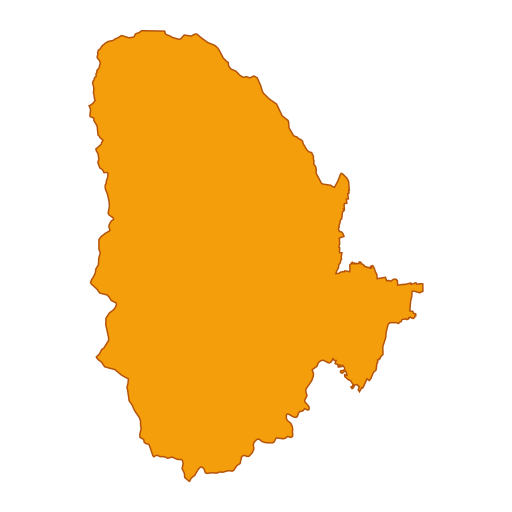 Lan Saka, Nakhon Si Thammarat, Thailand
{"feature_id": "78962969B56259094306641", "entity_name": "Lan Saka", "entity_type": "district", "adm_level": 2, "iso_a3": "THA", "parent_name": "Thailand", "parent_adm1": "Nakhon Si Thammarat", "projection": "natural_earth1", "projection_center": [99.81, 8.377], "detail": "fine", "context": "isolated", "style": "filled", "palette": "amber", "viewbox_px": 512, "rotation_deg": 0, "n_neighbors": 0, "source": "geoboundaries", "source_scale": "gbopen_adm2", "svg_char_len": 6011}
<svg xmlns="http://www.w3.org/2000/svg" viewBox="0 0 512 512"><path d="M129.1,400.7L132.3,405.4L133.7,408.8L135.8,412.5L139.2,417.3L140.5,420.6L140.6,425.9L141.2,428.4L139.8,434.3L140.0,437.4L143.4,439.3L143.9,440.2L144.0,441.9L145.6,443.5L148.2,444.1L149.2,444.9L152.9,455.8L153.9,456.8L155.9,455.5L157.1,455.3L160.2,456.6L164.5,456.7L167.6,458.2L172.2,457.1L177.3,459.4L181.6,459.6L182.7,461.1L183.1,463.6L182.1,468.6L184.4,473.4L184.7,477.5L188.6,480.8L189.6,481.3L191.1,478.2L194.7,475.4L198.0,469.7L200.5,467.0L202.0,467.2L203.3,468.2L204.2,469.3L205.1,472.2L205.9,473.1L207.0,473.4L211.4,472.8L216.6,473.1L219.7,472.0L222.8,472.2L228.3,470.7L232.5,471.1L233.9,470.1L237.0,465.5L240.1,463.5L241.4,457.5L242.4,456.0L244.3,455.4L247.1,456.4L248.8,456.4L252.0,453.1L253.2,450.8L253.9,448.5L253.3,445.0L253.6,443.5L254.5,441.8L256.7,439.6L258.1,439.1L259.2,439.3L262.2,441.6L265.7,442.7L272.3,442.9L274.0,442.2L276.2,437.9L283.4,438.8L285.3,438.2L287.7,436.4L290.6,437.4L292.4,436.6L292.8,435.1L292.4,431.9L292.7,429.9L292.4,426.9L290.9,423.4L287.2,420.3L286.3,418.0L286.4,414.8L287.2,414.0L288.5,414.1L293.4,416.9L296.0,417.4L297.3,416.6L298.5,413.2L299.7,411.6L303.0,410.8L304.8,408.6L307.4,410.0L308.3,410.0L309.1,409.3L309.0,406.7L304.6,401.4L304.9,399.8L307.0,395.7L305.8,391.6L306.0,389.0L311.6,380.9L313.3,376.3L313.5,373.9L312.2,369.6L316.9,366.4L318.3,362.7L320.7,360.7L323.3,360.2L327.9,362.6L329.5,362.9L331.3,361.8L333.0,358.6L334.3,360.5L336.1,360.5L335.1,363.4L336.1,364.1L337.7,364.2L338.3,367.1L339.4,366.9L339.5,365.0L340.1,365.1L340.8,366.8L342.1,366.4L342.4,365.2L342.9,365.4L344.7,368.1L344.7,369.1L344.0,370.1L340.6,370.9L340.4,371.7L340.8,372.6L342.1,373.2L344.9,371.1L345.8,371.2L347.1,375.2L346.3,375.4L344.6,374.7L344.8,376.5L348.1,379.6L350.5,380.6L353.1,384.6L352.2,386.6L351.1,386.7L351.1,387.4L352.0,388.6L352.6,388.6L353.9,386.8L354.6,385.0L357.2,384.6L358.1,385.9L359.4,386.6L358.2,389.6L359.5,391.7L361.7,387.7L362.5,388.1L363.3,387.1L367.0,378.8L369.3,380.6L370.9,378.5L373.3,372.6L376.1,369.9L376.9,363.4L377.7,362.6L377.5,359.9L378.9,359.7L379.3,358.7L380.1,358.6L380.2,357.4L383.0,354.4L382.8,346.6L385.8,337.3L386.1,332.3L388.2,324.0L390.2,322.7L396.4,322.6L398.4,323.5L399.8,322.1L401.2,321.6L401.8,319.9L402.7,319.4L406.0,318.8L406.3,319.5L407.6,319.4L409.0,318.5L408.7,317.8L410.2,317.1L412.3,318.4L413.5,318.4L414.7,317.4L414.8,316.0L415.9,315.7L415.6,313.7L413.5,313.4L413.1,311.9L412.4,311.2L411.3,311.3L409.8,310.9L410.6,301.3L411.8,296.0L412.0,292.1L412.4,291.2L413.9,291.1L419.7,292.8L422.9,291.2L422.8,283.9L420.3,283.7L417.0,284.3L416.2,282.9L415.1,282.8L414.1,283.6L411.0,284.3L410.8,283.0L404.1,284.6L403.9,284.3L397.7,285.1L397.3,280.4L396.7,280.2L396.2,279.3L393.9,279.1L390.4,281.3L388.9,280.4L386.6,280.8L385.5,277.3L377.2,278.7L376.8,274.4L375.2,271.3L374.1,267.8L372.7,265.6L371.9,266.3L371.4,266.0L371.1,266.5L370.5,266.4L370.5,267.3L371.5,267.7L371.5,268.1L370.2,268.3L368.6,267.4L367.9,267.6L366.3,266.7L364.3,266.4L364.1,265.3L362.9,264.7L362.6,264.1L361.0,263.8L361.1,262.7L360.3,262.0L359.2,262.0L359.4,263.1L359.0,263.5L356.4,263.5L356.0,264.0L354.7,263.0L354.3,263.5L353.8,263.1L353.2,263.9L352.3,263.2L352.3,262.4L351.5,262.8L351.1,264.0L350.0,264.6L349.7,265.6L350.0,268.9L349.7,271.7L344.9,270.8L344.4,271.8L342.4,271.6L341.7,272.1L340.4,272.1L339.0,273.4L335.9,273.6L336.6,271.1L338.5,267.8L338.8,264.5L340.2,263.1L340.8,260.1L341.5,259.4L341.2,256.7L342.0,252.8L339.5,252.6L339.7,247.7L338.8,247.2L339.7,244.0L339.3,238.1L344.0,236.4L342.9,233.5L341.5,232.0L339.4,231.4L338.4,228.7L339.3,227.0L338.8,226.2L339.8,223.5L340.2,221.0L340.8,219.4L341.7,218.9L342.5,212.0L343.9,210.8L343.5,209.3L344.3,209.6L344.1,204.2L344.7,203.4L346.8,203.4L346.4,199.0L348.4,198.9L347.8,193.6L348.9,193.4L348.7,190.6L349.3,190.5L348.6,181.6L347.0,178.3L342.6,173.9L341.3,173.3L340.5,174.2L337.7,181.4L334.5,187.3L331.8,186.2L330.9,185.3L323.0,184.1L321.5,183.4L316.0,173.0L316.4,169.6L315.8,168.0L315.8,166.7L313.7,164.1L314.0,161.0L313.4,159.1L313.4,156.1L312.5,154.8L312.0,153.1L311.1,152.4L308.9,151.8L307.0,150.1L303.1,143.6L302.6,141.3L301.9,140.4L298.4,138.4L297.2,137.1L294.3,136.1L293.4,135.4L289.0,127.8L288.6,122.0L288.0,120.4L282.2,115.9L276.6,104.1L268.9,98.7L263.3,93.1L262.3,91.1L260.7,85.6L257.2,77.8L253.8,76.0L249.8,77.9L246.6,76.7L243.3,77.3L240.0,75.4L236.2,71.4L230.9,69.0L228.6,65.8L228.2,62.4L226.6,61.4L223.3,58.1L218.9,49.7L217.1,47.3L214.4,45.2L207.9,42.6L201.2,37.8L197.0,34.1L194.5,34.2L191.1,36.1L184.2,35.0L180.7,38.9L178.9,39.3L172.6,37.5L169.6,35.8L166.5,34.7L165.2,33.5L165.0,31.8L164.4,31.1L141.7,30.7L139.2,32.5L135.5,33.9L133.9,37.0L129.0,37.8L121.6,35.5L117.4,38.1L115.1,38.9L113.1,40.5L108.8,41.3L106.4,42.4L102.3,45.7L99.8,49.3L98.5,50.0L97.6,52.5L97.8,54.1L97.1,57.6L99.6,60.9L100.3,62.7L99.0,68.1L97.0,70.3L96.7,72.8L96.0,73.8L96.1,76.3L94.4,78.0L94.0,80.1L93.2,80.9L92.6,83.0L93.8,87.7L93.7,91.5L93.3,92.5L94.0,94.8L94.4,98.4L95.2,100.3L92.9,103.4L90.1,105.4L89.1,105.6L90.3,108.6L90.5,111.0L89.8,115.8L90.4,116.7L93.8,118.1L93.9,120.6L97.1,126.0L98.0,134.9L99.4,136.4L100.1,137.8L103.0,140.2L101.6,142.6L101.3,144.2L95.8,149.1L96.6,151.4L98.0,153.5L98.9,159.5L97.8,162.3L99.7,167.8L102.6,169.8L104.0,172.7L107.1,172.4L108.0,173.3L107.6,177.6L106.3,181.0L106.2,183.3L105.3,184.9L105.1,187.0L105.5,189.4L107.3,193.7L109.1,201.4L109.4,206.2L108.1,213.2L109.3,215.1L113.3,218.0L113.6,218.9L113.0,219.9L111.4,220.8L109.2,224.6L108.9,226.8L109.8,229.7L109.7,230.8L105.7,233.1L101.3,236.4L98.9,239.5L98.9,249.3L100.1,252.1L100.2,253.3L98.8,257.9L98.4,264.8L95.9,268.9L95.3,273.0L93.1,277.5L91.5,279.7L90.6,282.6L91.2,283.9L96.8,289.0L99.9,293.1L107.2,295.0L109.3,297.3L111.1,300.4L116.1,302.9L116.4,305.1L115.1,307.8L113.0,310.3L109.4,312.9L105.9,318.3L105.8,324.9L108.6,337.6L108.6,340.4L103.9,348.0L101.6,349.7L99.3,354.2L96.3,357.0L96.7,357.9L98.6,360.0L101.4,362.0L104.7,366.8L114.9,369.6L121.9,375.4L128.4,378.9L127.9,384.0L126.9,387.4L127.6,389.8L129.1,400.7Z" fill="#f59e0b" stroke="#b45309" stroke-width="1.5"/></svg>